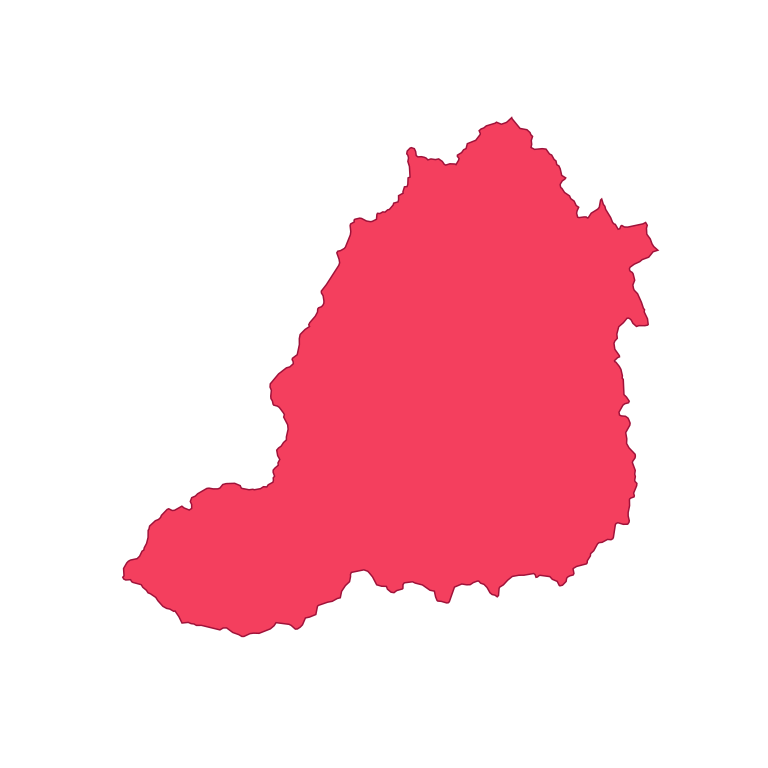 Cajatambo, Lima, Peru (orthographic projection), rotated 348°
{"feature_id": "86281439B2149944224824", "entity_name": "Cajatambo", "entity_type": "district", "adm_level": 2, "iso_a3": "PER", "parent_name": "Peru", "parent_adm1": "Lima", "projection": "orthographic", "projection_center": [-77.034, -10.486], "detail": "fine", "context": "isolated", "style": "filled", "palette": "rose", "viewbox_px": 768, "rotation_deg": 348, "n_neighbors": 0, "source": "geoboundaries", "source_scale": "gbopen_adm2", "svg_char_len": 6160}
<svg xmlns="http://www.w3.org/2000/svg" viewBox="0 0 768 768"><g transform="rotate(348 384 384)"><path d="M271.3,380.6L271.7,381.7L275.2,383.5L276.7,385.1L279.5,391.1L280.2,393.2L279.0,395.5L281.3,403.9L280.8,408.3L277.5,415.5L276.9,418.4L273.6,420.3L270.5,423.4L267.5,424.7L265.3,426.4L265.1,432.0L266.4,436.1L263.9,439.1L263.7,441.5L259.9,443.5L257.7,445.2L257.2,447.3L257.8,451.4L256.1,452.8L255.8,455.3L254.9,457.0L249.8,458.5L248.0,460.3L244.7,459.4L241.4,460.7L235.2,460.5L233.8,459.7L230.0,459.4L223.4,456.6L222.7,455.9L222.2,453.5L217.3,450.1L208.8,448.6L205.4,448.8L201.8,451.7L199.5,452.0L195.2,451.1L191.2,449.5L189.0,449.3L178.9,452.6L176.2,454.4L172.3,455.2L170.1,458.6L170.8,461.9L170.0,465.7L167.3,466.8L162.7,463.7L160.9,461.5L152.8,464.0L150.5,463.7L147.5,461.3L145.8,461.6L139.0,466.2L137.7,468.1L135.3,469.6L131.9,470.2L125.2,474.2L123.9,477.1L122.9,478.1L121.3,485.1L118.6,490.6L115.4,494.4L114.5,496.5L112.6,497.2L109.2,501.6L106.2,503.5L99.5,503.5L97.1,504.2L95.2,505.5L90.9,510.3L89.8,517.6L88.3,518.7L88.9,520.7L90.6,522.0L95.4,522.7L96.1,524.9L97.2,525.9L104.8,529.8L105.8,532.7L108.7,536.4L109.8,539.2L111.9,540.6L116.4,545.3L117.8,549.0L121.5,555.5L124.7,558.3L127.7,559.6L131.0,562.6L132.4,562.6L135.0,568.9L136.7,575.8L143.0,576.5L145.5,578.3L148.2,579.2L150.3,581.1L155.2,582.1L172.4,590.4L175.9,589.2L179.3,589.8L184.4,595.6L189.9,599.0L192.5,601.4L194.6,601.8L201.0,600.3L204.7,600.6L210.0,601.9L221.9,599.9L226.2,597.6L228.8,595.0L241.1,599.3L243.0,600.8L246.3,605.3L248.4,605.6L251.5,604.4L254.2,602.6L258.5,596.5L262.7,596.5L269.4,595.3L272.7,587.6L273.8,586.9L283.5,585.7L288.2,585.8L293.7,584.1L296.8,584.0L299.4,578.0L304.3,573.2L309.2,570.2L311.2,565.5L311.6,563.3L312.9,561.5L325.7,561.6L329.2,563.8L330.4,565.8L332.7,570.3L335.1,578.9L339.6,581.3L344.3,582.5L344.7,585.4L347.6,589.1L350.4,590.2L353.5,588.7L359.4,588.3L360.0,587.8L360.9,584.1L362.5,582.7L370.8,583.4L373.1,585.2L379.8,588.5L386.1,595.3L390.2,597.1L390.2,603.0L390.9,606.8L391.5,607.5L394.8,608.5L399.6,611.1L401.2,611.4L402.6,610.6L410.7,597.3L418.5,595.8L423.1,597.6L426.6,598.2L430.1,596.8L434.3,596.2L435.7,596.5L437.1,598.9L440.2,600.8L442.5,604.5L444.3,610.3L446.0,612.4L448.6,613.6L450.5,615.7L452.0,614.7L454.1,607.8L455.0,606.7L459.0,605.3L464.2,601.6L469.5,598.9L476.2,599.1L481.1,600.1L491.0,600.5L492.2,601.9L492.5,604.7L493.9,604.7L495.9,603.6L497.0,603.6L506.2,606.9L508.0,610.0L512.4,613.1L513.5,617.4L514.1,618.0L516.8,617.9L521.1,615.0L522.2,612.1L523.3,611.1L525.8,610.3L529.4,610.1L530.4,608.8L530.5,604.1L531.0,603.7L534.4,602.5L544.7,602.0L545.6,601.1L546.1,599.2L550.1,595.1L550.8,592.9L554.5,590.7L559.6,584.8L561.3,583.9L564.5,584.2L570.3,582.5L573.7,583.5L575.6,582.9L576.5,581.7L581.0,569.8L582.0,568.7L583.9,568.3L588.9,571.0L593.2,571.8L594.9,570.2L595.5,568.7L595.4,563.8L596.1,560.5L598.9,554.1L600.0,548.3L600.4,547.5L601.6,546.9L605.1,546.4L605.6,545.4L605.5,542.6L610.0,536.0L610.7,533.8L609.3,531.6L609.2,530.2L610.6,526.8L610.5,524.3L611.8,520.7L610.6,512.5L611.2,511.3L614.2,508.5L614.9,506.7L615.0,504.9L610.4,497.4L608.9,492.6L610.1,488.1L610.3,481.8L615.9,475.4L616.6,473.4L616.1,470.2L615.6,468.1L613.5,465.8L609.4,464.5L607.9,463.3L608.0,460.4L613.3,454.4L615.4,453.4L619.3,453.2L620.3,451.8L618.5,447.3L616.5,444.3L619.0,429.2L618.2,427.8L618.9,425.5L618.8,419.0L617.8,415.7L615.4,410.9L614.3,410.0L614.3,409.1L618.0,406.8L620.0,406.4L620.1,405.2L617.0,398.0L617.4,392.0L618.7,390.0L621.7,387.8L622.1,383.6L625.5,376.8L630.9,373.8L635.4,370.2L637.0,370.4L638.0,371.3L639.1,372.8L640.1,376.4L642.9,380.2L645.5,379.9L651.3,381.2L654.1,381.2L654.8,380.7L655.3,375.0L653.5,367.6L654.3,365.4L653.5,364.0L652.8,357.7L650.8,348.4L648.2,344.2L647.9,342.3L648.0,338.9L650.8,334.6L650.6,328.1L650.0,326.5L648.4,325.0L647.9,323.7L648.1,322.1L649.0,320.9L653.8,318.8L659.6,317.5L662.4,316.0L669.3,315.0L674.7,310.6L679.7,310.1L676.4,305.6L675.3,302.6L674.6,297.5L672.2,292.1L673.1,286.2L674.5,283.5L673.5,280.4L670.6,281.2L655.0,281.2L651.8,280.4L649.6,278.4L648.4,278.8L646.9,281.1L645.2,281.3L643.4,275.9L642.5,275.5L641.2,273.5L640.3,268.3L637.1,259.2L637.0,256.1L635.9,253.9L635.4,248.3L634.1,249.1L631.3,255.9L629.4,257.4L622.2,260.0L618.4,263.8L617.5,263.9L616.6,262.7L614.6,262.2L609.4,261.8L608.1,261.1L607.9,257.0L608.9,254.7L611.2,251.6L609.1,249.4L608.0,244.6L605.2,241.5L604.6,238.6L600.4,234.2L598.7,229.7L597.7,228.5L597.7,225.7L598.3,224.8L600.6,222.4L603.5,221.2L604.6,220.2L601.2,216.9L601.1,210.2L600.4,207.0L598.6,205.4L598.6,201.5L597.1,199.8L595.6,194.9L593.7,193.4L591.3,187.9L587.7,186.7L580.0,185.8L577.0,183.2L578.3,180.3L578.7,176.4L580.8,172.7L579.5,170.7L579.1,168.4L576.7,165.0L570.2,162.3L564.4,151.1L564.3,150.0L558.2,153.6L552.8,154.3L548.4,151.3L547.0,152.0L537.7,152.8L534.8,154.3L532.0,154.7L529.7,156.0L530.3,158.9L530.0,159.9L524.4,164.7L515.5,166.2L513.2,170.8L510.6,171.4L508.0,173.8L503.4,175.4L503.1,176.6L504.3,179.0L503.4,180.7L500.0,184.4L499.2,183.6L494.2,182.3L489.8,182.7L488.6,181.6L487.3,178.4L484.3,175.2L481.0,175.2L476.7,173.6L473.5,173.9L472.2,171.8L470.5,170.6L467.8,169.4L464.4,168.9L463.0,167.3L463.3,163.2L462.6,160.1L459.9,158.5L458.5,158.7L455.1,161.0L454.1,163.6L454.9,165.2L455.0,168.0L453.6,171.3L454.1,176.5L452.5,187.0L450.4,187.4L448.8,193.7L447.6,195.7L445.0,195.4L442.5,199.9L442.4,201.3L437.4,202.8L436.6,206.7L435.6,208.8L431.1,209.1L430.1,210.9L425.5,214.4L423.8,214.4L420.7,216.1L418.6,215.4L415.5,216.4L413.1,215.7L412.3,216.7L410.9,221.3L406.2,222.5L404.5,222.4L400.7,220.9L396.5,217.4L394.7,216.7L389.8,216.8L388.8,217.5L388.6,219.3L384.6,220.5L383.8,222.0L383.2,228.0L382.1,231.1L374.7,242.1L373.3,243.2L369.2,244.5L366.4,244.5L365.1,245.9L366.0,252.7L365.8,256.3L364.4,258.6L348.2,274.9L342.0,280.1L341.7,281.9L342.8,285.0L342.5,290.4L341.9,292.6L340.6,294.2L338.9,295.4L335.8,295.9L334.8,296.8L333.9,299.8L330.9,303.4L324.2,308.5L322.7,310.4L323.1,312.3L318.2,314.2L312.3,318.1L310.6,322.0L309.4,327.9L305.2,337.3L299.8,339.8L299.2,341.1L299.8,343.1L299.5,345.3L295.4,347.7L291.9,347.9L283.0,352.2L272.8,360.2L271.9,363.3L272.5,366.8L270.7,372.4L270.4,374.8L271.3,377.3L271.3,380.6Z" fill="#f43f5e" stroke="#9f1239" stroke-width="1.5"/></g></svg>